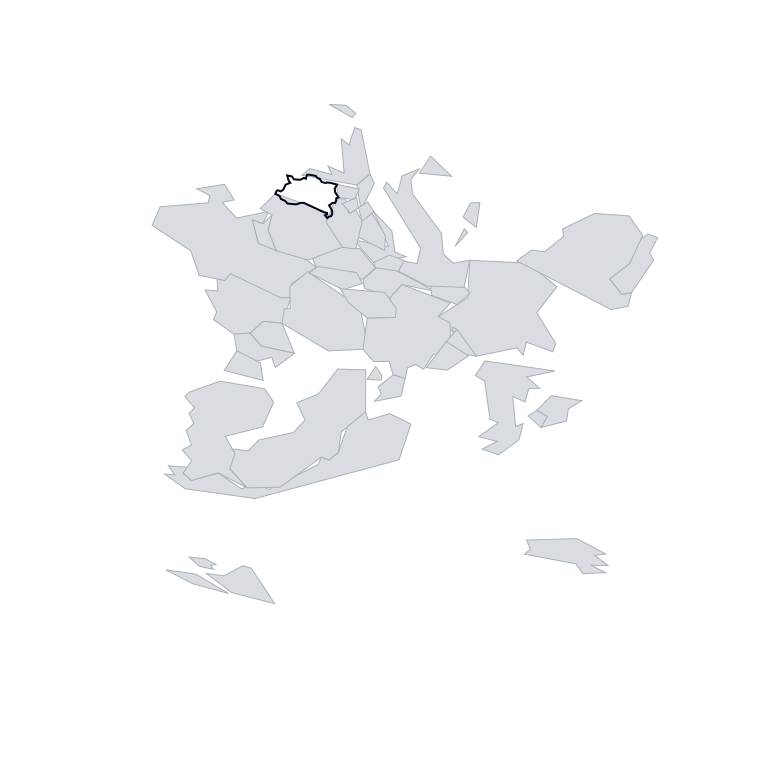 Bulgaria highlighted on a map of Europe, rotated 199°
{"feature_id": "BGR", "entity_name": "Bulgaria", "entity_type": "country or territory", "adm_level": 0, "iso_a3": "BGR", "parent_name": "Europe", "parent_adm1": "", "projection": "robinson", "projection_center": [24.961, 42.741], "detail": "coarse", "context": "in_parent", "style": "outline", "palette": "ink", "viewbox_px": 768, "rotation_deg": 199, "n_neighbors": 37, "source": "natural_earth", "source_scale": "50m", "svg_char_len": 8109}
<svg xmlns="http://www.w3.org/2000/svg" viewBox="0 0 768 768"><g transform="rotate(199 384 384)"><path d="M415.8,140.7L460.2,137.2L490.2,147.0L472.8,150.5L458.2,166.3L449.7,166.7L415.8,140.7ZM561.2,236.4L541.8,241.6L544.9,234.3L534.8,230.2L511.7,245.9L484.5,238.4L473.4,248.5L458.7,246.8L420.0,286.4L419.4,294.5L411.3,294.3L404.9,304.6L404.8,337.5L392.4,351.8L387.3,344.8L368.8,357.9L345.5,354.8L345.1,317.2L468.7,233.7L537.9,220.2L562.1,227.4L552.4,230.0L561.2,236.4ZM529.8,137.2L500.4,143.0L462.9,135.3L499.9,132.9L529.8,137.2ZM511.8,156.9L496.2,160.6L484.0,158.5L488.9,156.2L484.9,153.3L499.2,151.5L511.8,156.9Z" fill="#d9dde1" stroke="#a8b0b8" stroke-width="1"/><path d="M305.6,440.4L354.9,465.4L332.9,492.7L343.2,528.9L287.0,545.2L252.1,532.2L262.8,501.1L234.7,478.1L235.0,469.4L263.0,469.9L261.9,456.4L270.0,461.5L305.6,440.4ZM354.3,554.4L361.6,537.2L358.6,556.8L354.3,554.4Z" fill="#d9dde1" stroke="#a8b0b8" stroke-width="1"/><path d="M392.4,351.8L408.8,324.7L404.9,304.6L411.3,294.3L419.4,294.5L448.7,252.6L479.7,241.2L502.2,253.4L504.9,273.6L490.9,276.5L483.9,290.5L453.9,308.7L446.9,324.1L460.4,337.9L442.7,353.3L432.6,383.0L405.8,391.4L392.4,351.8Z" fill="#d9dde1" stroke="#a8b0b8" stroke-width="1"/><path d="M542.0,382.3L566.3,389.3L565.6,397.7L583.8,414.7L571.3,418.0L576.2,429.3L565.2,438.4L500.2,435.4L500.1,408.2L518.6,403.9L527.1,388.5L542.0,382.3Z" fill="#d9dde1" stroke="#a8b0b8" stroke-width="1"/><path d="M610.1,505.5L624.7,507.6L599.8,520.9L585.6,509.3L596.2,503.1L577.5,492.9L549.2,509.6L550.7,496.1L561.8,496.3L548.5,476.1L512.5,480.7L486.3,472.5L503.8,448.8L500.2,435.4L509.7,431.8L565.2,438.4L568.3,430.0L594.1,426.6L610.1,447.0L654.9,458.5L653.4,478.7L609.1,498.1L610.1,505.5Z" fill="#d9dde1" stroke="#a8b0b8" stroke-width="1"/><path d="M500.1,408.2L502.8,422.4L497.3,424.8L504.8,445.6L492.9,465.3L431.7,448.8L414.1,419.0L415.1,410.0L447.4,397.2L500.1,408.2Z" fill="#d9dde1" stroke="#a8b0b8" stroke-width="1"/><path d="M438.0,476.1L428.0,493.2L414.7,496.2L366.1,488.2L399.2,483.9L406.5,467.1L433.8,468.2L438.0,476.1Z" fill="#d9dde1" stroke="#a8b0b8" stroke-width="1"/><path d="M486.3,472.5L492.1,478.9L475.8,497.6L451.0,504.2L430.0,491.2L438.0,476.1L486.3,472.5Z" fill="#d9dde1" stroke="#a8b0b8" stroke-width="1"/><path d="M529.1,474.9L548.5,476.1L561.8,496.3L550.7,496.1L544.9,507.4L543.6,491.7L529.1,474.9Z" fill="#d9dde1" stroke="#a8b0b8" stroke-width="1"/><path d="M544.9,507.4L558.1,509.7L548.4,528.8L493.9,527.4L468.0,499.8L496.2,476.4L529.1,474.9L543.6,491.7L544.9,507.4Z" fill="#d9dde1" stroke="#a8b0b8" stroke-width="1"/><path d="M527.1,388.5L518.6,403.9L500.1,408.2L478.7,383.8L512.6,379.9L527.1,388.5Z" fill="#d9dde1" stroke="#a8b0b8" stroke-width="1"/><path d="M533.9,367.5L542.0,382.3L527.1,388.5L512.6,379.9L478.7,383.8L492.1,364.3L498.9,372.8L515.2,361.8L533.9,367.5Z" fill="#d9dde1" stroke="#a8b0b8" stroke-width="1"/><path d="M539.5,344.8L533.9,367.5L507.8,363.8L499.4,348.0L539.5,344.8Z" fill="#d9dde1" stroke="#a8b0b8" stroke-width="1"/><path d="M415.1,410.0L421.3,440.9L394.9,450.7L406.5,467.1L399.2,483.9L347.5,482.1L354.9,465.4L341.6,463.3L336.9,452.3L338.7,432.2L347.1,427.8L351.3,410.7L360.4,412.7L367.1,406.9L365.7,395.9L378.3,395.7L386.5,407.1L401.2,401.7L415.1,410.0Z" fill="#d9dde1" stroke="#a8b0b8" stroke-width="1"/><path d="M526.9,630.5L511.0,635.1L498.8,630.8L500.7,625.6L526.9,630.5ZM474.5,563.3L529.6,554.6L524.3,563.5L501.1,565.2L508.0,571.9L490.3,570.3L504.2,601.9L495.0,598.7L495.2,616.9L488.5,617.0L465.6,578.0L474.5,563.3Z" fill="#d9dde1" stroke="#a8b0b8" stroke-width="1"/><path d="M474.5,563.3L465.6,578.0L458.4,570.4L462.4,541.1L474.5,563.3Z" fill="#d9dde1" stroke="#a8b0b8" stroke-width="1"/><path d="M433.2,495.3L459.8,510.4L424.5,515.4L449.8,543.6L426.4,531.2L416.5,512.3L404.5,511.6L433.2,495.3Z" fill="#d9dde1" stroke="#a8b0b8" stroke-width="1"/><path d="M367.6,483.2L374.0,495.6L343.7,504.0L332.3,498.1L340.5,483.0L367.6,483.2Z" fill="#d9dde1" stroke="#a8b0b8" stroke-width="1"/><path d="M334.4,452.7L337.5,460.1L332.8,459.4L334.4,452.7Z" fill="#d9dde1" stroke="#a8b0b8" stroke-width="1"/><path d="M338.9,444.4L332.8,459.4L305.6,440.4L328.9,436.6L338.9,444.4Z" fill="#d9dde1" stroke="#a8b0b8" stroke-width="1"/><path d="M349.3,413.2L338.9,444.4L313.3,438.1L328.7,417.7L349.3,413.2Z" fill="#d9dde1" stroke="#a8b0b8" stroke-width="1"/><path d="M179.8,550.8L188.1,546.0L204.9,556.8L191.0,577.9L193.4,596.8L183.3,611.8L172.8,611.5L175.5,594.5L169.4,588.8L179.8,550.8Z" fill="#d9dde1" stroke="#a8b0b8" stroke-width="1"/><path d="M187.7,608.7L191.0,577.9L204.9,556.8L188.1,546.0L179.8,550.8L178.4,537.0L193.5,528.3L298.5,543.6L288.2,558.7L275.3,561.2L262.3,581.8L265.6,588.8L240.5,613.8L207.0,622.7L187.7,608.7Z" fill="#d9dde1" stroke="#a8b0b8" stroke-width="1"/><path d="M231.0,408.7L222.0,427.4L191.6,432.6L201.6,420.4L199.3,408.5L221.4,394.0L218.9,406.5L231.0,408.7Z" fill="#d9dde1" stroke="#a8b0b8" stroke-width="1"/><path d="M375.1,490.7L406.9,495.3L407.5,506.2L391.9,508.7L393.5,524.2L448.3,569.2L447.3,575.7L433.4,568.1L434.6,586.8L420.6,598.8L425.2,586.0L418.8,572.9L378.7,545.1L370.2,526.2L357.9,520.8L343.2,528.9L339.8,501.4L375.1,490.7ZM387.8,602.4L419.1,594.9L414.1,614.5L387.8,602.4ZM347.7,562.0L363.6,567.4L361.2,583.4L352.4,586.7L347.7,562.0Z" fill="#d9dde1" stroke="#a8b0b8" stroke-width="1"/><path d="M378.3,395.7L365.7,395.9L363.9,378.1L387.3,364.6L383.4,374.1L388.8,379.0L378.3,395.7ZM401.4,382.9L397.6,397.8L388.8,391.4L388.0,386.7L401.4,382.9Z" fill="#d9dde1" stroke="#a8b0b8" stroke-width="1"/><path d="M231.0,408.7L218.9,406.5L221.4,394.0L237.3,400.7L231.0,408.7ZM258.2,414.1L245.6,386.6L239.7,392.0L238.2,375.3L252.6,354.4L270.1,354.3L258.3,366.6L277.2,365.1L263.3,384.5L272.3,385.2L289.8,419.6L300.5,421.8L296.0,438.7L226.7,451.9L251.3,437.2L235.4,430.6L245.6,427.0L244.8,413.0L258.2,414.1Z" fill="#d9dde1" stroke="#a8b0b8" stroke-width="1"/><path d="M195.8,268.9L191.7,275.6L198.5,282.8L151.4,300.6L119.1,295.5L129.0,290.6L113.1,285.3L129.2,280.1L113.2,277.7L134.3,269.4L144.1,276.4L195.8,268.9Z" fill="#d9dde1" stroke="#a8b0b8" stroke-width="1"/><path d="M406.9,495.3L430.0,491.2L433.2,495.3L420.8,507.8L405.3,507.3L406.9,495.3Z" fill="#d9dde1" stroke="#a8b0b8" stroke-width="1"/><path d="M544.9,234.3L540.9,248.9L553.3,255.9L546.2,263.8L556.0,275.7L550.9,284.7L558.6,292.8L555.5,299.9L568.2,307.4L565.3,313.0L540.0,333.3L495.4,340.6L482.4,330.9L484.9,303.9L517.0,282.9L502.2,269.5L502.2,253.4L479.7,241.2L511.7,245.9L534.8,230.2L544.9,234.3Z" fill="#d9dde1" stroke="#a8b0b8" stroke-width="1"/><path d="M490.9,464.6L484.3,473.7L446.1,480.4L437.2,472.0L453.4,459.8L490.9,464.6Z" fill="#d9dde1" stroke="#a8b0b8" stroke-width="1"/><path d="M421.3,440.9L444.5,449.6L456.2,459.8L413.3,470.9L396.9,459.2L394.9,450.7L421.3,440.9Z" fill="#d9dde1" stroke="#a8b0b8" stroke-width="1"/><path d="M450.9,541.5L431.0,524.8L426.8,510.4L459.5,514.9L459.9,530.5L450.9,541.5Z" fill="#d9dde1" stroke="#a8b0b8" stroke-width="1"/><path d="M488.2,545.5L493.7,557.3L470.5,560.4L472.3,548.7L488.2,545.5Z" fill="#d9dde1" stroke="#a8b0b8" stroke-width="1"/><path d="M454.7,502.4L468.0,499.8L491.6,518.3L489.8,543.8L480.3,546.4L473.1,534.0L467.5,539.6L457.6,531.0L454.7,502.4Z" fill="#d9dde1" stroke="#a8b0b8" stroke-width="1"/><path d="M465.6,542.3L458.6,550.8L449.8,543.6L457.6,531.0L465.6,542.3Z" fill="#d9dde1" stroke="#a8b0b8" stroke-width="1"/><path d="M470.5,551.1L465.6,542.3L471.3,534.7L482.3,541.1L470.5,551.1Z" fill="#d9dde1" stroke="#a8b0b8" stroke-width="1"/><path d="M543.4,549.7L538.7,550.3L535.8,548.2L529.7,549.8L526.8,552.8L524.7,552.6L525.0,556.7L522.9,557.6L516.3,558.5L513.8,557.0L511.6,557.1L508.8,554.7L504.5,555.0L504.1,555.8L500.4,556.7L493.3,557.3L494.2,552.5L492.6,549.4L487.8,545.6L489.6,544.0L488.8,541.8L489.1,539.2L491.4,538.7L494.1,535.0L489.5,531.1L488.3,527.9L488.6,525.6L490.5,524.3L491.6,522.4L494.7,524.3L493.1,525.9L493.6,527.2L496.6,526.8L518.7,529.2L521.8,528.1L525.6,525.2L534.0,523.2L537.3,525.0L541.8,525.4L543.4,527.4L545.1,528.0L548.6,528.4L548.5,531.3L547.6,532.6L544.3,532.5L542.4,535.1L542.0,540.3L538.1,543.7L540.3,545.1L543.4,549.7Z" fill="none" stroke="#020617" stroke-width="2"/></g></svg>